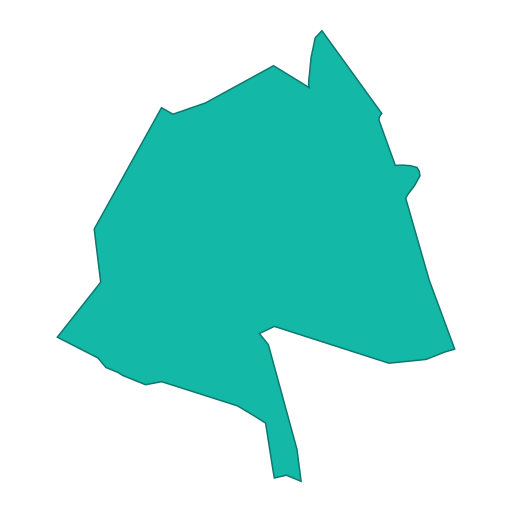 outline of Guelatao de Juárez, Oaxaca, Mexico
{"feature_id": "50627088B65015189617486", "entity_name": "Guelatao de Juárez", "entity_type": "district", "adm_level": 2, "iso_a3": "MEX", "parent_name": "Mexico", "parent_adm1": "Oaxaca", "projection": "albers", "projection_center": [-96.496, 17.314], "detail": "fine", "context": "isolated", "style": "filled", "palette": "teal", "viewbox_px": 512, "rotation_deg": 0, "n_neighbors": 0, "source": "geoboundaries", "source_scale": "gbopen_adm2", "svg_char_len": 791}
<svg xmlns="http://www.w3.org/2000/svg" viewBox="0 0 512 512"><path d="M301.1,481.3L297.0,449.5L268.4,344.8L259.4,333.5L274.3,326.4L388.9,363.2L426.2,359.4L443.5,352.5L444.8,352.0L454.7,349.1L429.2,280.1L405.7,198.2L407.8,194.5L411.1,190.2L414.4,185.9L415.8,183.4L420.0,175.7L419.2,171.1L417.0,167.5L410.6,165.7L402.4,165.1L395.3,165.4L379.2,120.8L379.0,118.4L379.7,116.3L381.0,114.4L381.8,113.5L321.9,30.7L315.3,37.7L314.9,39.2L313.8,44.7L311.0,57.8L309.5,74.0L308.9,79.0L308.6,83.4L309.2,87.6L273.5,65.7L205.3,103.0L172.9,114.2L161.5,107.7L94.2,229.1L100.7,282.2L57.3,337.2L98.0,358.0L105.9,367.5L117.9,372.4L122.8,375.5L145.5,384.7L161.7,381.7L237.5,405.9L253.6,415.5L265.6,423.1L272.7,468.5L274.3,478.0L286.3,475.2L301.1,481.3Z" fill="#14b8a6" stroke="#0f766e" stroke-width="1.5"/></svg>